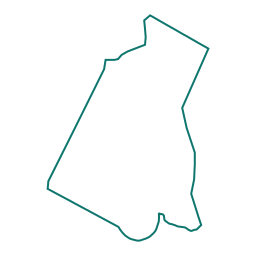 the border of Borkou
{"feature_id": "TCD-5577", "entity_name": "Borkou", "entity_type": "Préfecture", "adm_level": 1, "iso_a3": "TCD", "parent_name": "Chad", "parent_adm1": "", "projection": "robinson", "projection_center": [18.999, 18.69], "detail": "fine", "context": "isolated", "style": "outline", "palette": "teal", "viewbox_px": 256, "rotation_deg": 0, "n_neighbors": 0, "source": "natural_earth", "source_scale": "10m", "svg_char_len": 1370}
<svg xmlns="http://www.w3.org/2000/svg" viewBox="0 0 256 256"><path d="M158.0,19.9L161.0,21.6L164.6,23.7L168.3,25.8L171.9,27.8L175.6,29.9L179.2,32.0L182.8,34.1L186.5,36.1L190.1,38.2L193.8,40.3L197.4,42.4L201.1,44.5L204.7,46.5L208.4,48.6L182.2,107.9L186.7,128.1L194.8,152.6L194.8,164.3L194.1,179.5L191.2,193.8L198.6,217.4L201.2,225.0L196.7,229.5L194.0,229.9L192.8,230.5L191.3,230.9L191.2,230.9L190.5,230.8L187.7,229.3L186.2,228.1L185.6,227.7L184.7,227.4L182.3,227.0L178.2,226.5L176.7,226.0L175.5,225.4L171.9,224.2L169.5,223.7L169.0,223.5L165.1,220.7L164.7,220.2L164.5,219.8L164.4,219.6L164.0,216.3L163.8,215.5L163.7,215.3L163.5,215.1L163.1,214.7L162.9,214.6L162.7,214.4L161.7,214.1L161.3,214.0L161.1,214.1L160.6,214.2L160.3,214.2L160.1,214.0L159.6,213.5L159.3,213.5L159.1,213.5L158.9,213.7L159.0,217.2L158.8,221.3L158.7,221.7L156.4,228.8L155.5,230.7L153.9,232.8L150.6,235.9L149.3,236.9L146.3,238.4L140.4,240.4L139.5,240.6L137.0,240.6L130.8,239.0L129.0,238.1L125.3,235.6L122.5,232.7L120.1,229.6L118.7,227.3L118.5,227.0L118.1,226.7L83.3,208.0L48.1,189.1L47.6,188.8L47.7,188.4L47.8,187.6L47.9,186.0L48.1,184.5L48.2,182.9L48.3,181.3L71.7,134.5L88.0,101.7L104.1,69.2L105.6,59.9L114.3,59.9L118.0,59.1L121.6,54.9L127.5,51.5L138.4,47.3L145.0,44.8L145.7,37.2L145.0,28.8L144.2,20.4L150.1,15.4L153.7,17.4L157.4,19.5L158.0,19.9Z" fill="none" stroke="#0f766e" stroke-width="2"/></svg>